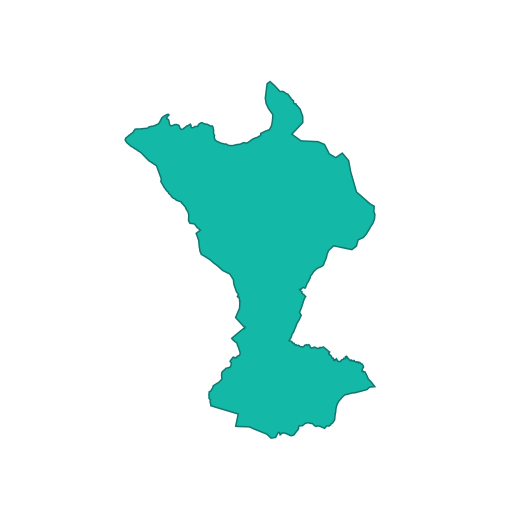 Gwaram, Jigawa, Nigeria, rotated 222°
{"feature_id": "59680162B43366957039329", "entity_name": "Gwaram", "entity_type": "district", "adm_level": 2, "iso_a3": "NGA", "parent_name": "Nigeria", "parent_adm1": "Jigawa", "projection": "robinson", "projection_center": [9.954, 11.204], "detail": "fine", "context": "isolated", "style": "filled", "palette": "teal", "viewbox_px": 512, "rotation_deg": 222, "n_neighbors": 0, "source": "geoboundaries", "source_scale": "gbopen_adm2", "svg_char_len": 6136}
<svg xmlns="http://www.w3.org/2000/svg" viewBox="0 0 512 512"><g transform="rotate(222 256 256)"><path d="M80.3,238.4L85.9,239.4L90.5,239.8L92.9,241.0L97.4,242.8L98.0,242.4L98.3,242.0L99.1,242.1L99.2,241.5L100.0,241.2L100.5,241.5L100.6,241.9L101.4,243.5L101.6,244.2L101.5,245.0L102.3,245.8L103.2,246.3L104.1,246.3L104.8,246.7L105.7,246.3L107.8,246.4L108.2,245.8L108.1,245.2L108.4,245.0L109.0,245.6L110.3,244.9L110.4,244.2L112.5,243.5L113.0,244.0L113.5,243.8L113.5,243.3L113.8,242.7L114.6,242.4L115.3,242.6L115.9,242.3L116.0,241.8L115.7,241.5L117.4,241.2L118.1,241.6L118.9,241.3L119.8,241.5L120.2,242.0L121.0,241.9L121.6,242.1L121.9,241.7L122.0,241.1L121.3,241.2L121.0,240.7L121.3,240.4L121.6,239.8L121.2,239.2L122.2,238.8L122.0,238.4L122.0,237.7L122.5,236.9L122.9,235.8L122.7,235.4L122.6,235.0L122.9,234.5L122.8,234.1L123.1,233.6L123.5,233.2L124.1,232.9L124.9,232.8L125.3,232.5L126.5,233.2L127.6,233.4L127.5,232.9L127.2,232.5L127.7,232.1L128.1,231.6L127.6,231.1L127.9,230.7L128.4,230.5L128.8,230.6L129.8,231.6L130.3,231.7L130.7,231.3L131.4,231.1L132.2,231.6L133.3,232.0L134.2,232.2L135.7,231.6L136.2,232.0L136.7,232.0L137.0,232.5L136.6,232.7L137.0,233.2L137.0,233.9L137.9,233.8L145.1,233.5L146.4,231.1L147.3,231.0L147.5,230.0L147.5,229.4L148.0,228.8L149.3,228.1L151.2,227.7L151.7,227.4L151.9,226.7L152.9,224.9L154.7,224.4L155.7,225.2L156.8,225.5L157.6,225.4L158.1,223.9L159.1,224.0L159.6,222.9L160.1,222.2L159.9,221.0L160.0,220.2L161.1,219.2L162.0,218.6L163.2,218.0L163.9,218.3L165.0,217.8L165.6,217.0L166.7,216.9L167.2,216.2L168.0,215.9L168.5,216.4L169.4,216.6L169.8,216.1L170.6,215.8L171.2,216.2L172.3,216.3L173.6,215.8L174.7,215.2L174.7,215.6L175.2,216.9L175.3,218.7L177.0,222.4L177.0,223.7L177.5,225.5L178.1,226.8L179.3,230.5L180.4,233.0L181.2,237.4L182.7,242.2L185.9,243.2L187.8,248.4L191.2,255.8L191.7,257.7L192.0,259.2L193.4,259.1L194.3,259.3L197.0,259.0L197.8,260.1L198.8,259.8L199.5,260.1L200.4,260.0L201.3,260.3L200.9,260.9L200.2,261.5L200.2,263.2L200.0,264.0L199.7,264.4L198.5,264.6L197.9,265.4L198.7,267.2L199.6,269.6L200.0,272.0L200.3,273.3L200.8,274.3L200.9,275.6L202.1,277.7L202.2,279.8L202.7,283.0L202.4,286.7L201.9,288.7L200.8,290.8L200.4,291.9L199.9,293.6L199.9,294.7L201.0,297.1L201.9,300.1L202.9,302.4L204.4,305.0L205.7,308.7L205.1,315.5L189.0,324.9L188.0,330.5L190.9,336.3L188.6,341.7L188.7,346.1L189.2,348.5L189.8,352.3L190.3,353.7L191.0,358.5L192.7,362.8L195.5,366.5L198.0,367.7L201.5,372.1L205.7,371.1L224.1,370.8L242.1,382.0L250.9,388.8L260.7,390.2L262.6,382.4L269.8,380.9L279.7,384.7L286.4,382.5L299.5,371.7L310.9,370.5L310.5,386.5L314.7,391.0L321.4,394.6L325.8,395.2L326.9,395.2L328.0,395.8L329.5,394.8L330.9,395.3L331.9,396.4L335.3,396.3L336.4,396.9L337.5,396.9L339.7,397.5L340.8,397.5L342.5,396.8L344.2,396.8L346.4,396.2L347.5,394.9L348.6,394.3L356.5,395.1L362.3,395.0L363.0,391.7L362.8,391.5L362.9,391.3L354.7,379.5L350.5,376.1L345.3,373.9L338.0,372.3L334.3,367.5L331.6,363.2L330.6,358.9L332.6,354.9L334.5,350.2L333.1,348.6L334.2,346.1L334.5,344.7L335.6,343.1L336.8,340.4L337.9,334.9L338.3,334.0L339.2,333.1L340.7,332.3L341.3,331.5L342.6,328.4L344.6,326.3L346.7,323.1L347.5,322.1L349.5,320.5L351.0,319.6L353.0,319.3L354.6,317.9L356.0,317.4L357.3,316.4L359.2,316.0L361.4,315.1L363.5,314.9L365.1,315.3L366.9,316.8L367.5,317.9L369.4,318.6L371.7,321.1L374.4,323.1L375.5,323.4L376.7,322.1L380.2,321.4L382.9,319.5L384.3,319.3L385.7,318.7L386.1,317.8L386.7,315.5L386.1,313.2L388.0,311.4L388.6,309.4L389.4,308.4L390.2,308.3L391.0,308.8L391.7,309.6L393.1,310.0L393.3,308.5L393.7,308.0L393.9,307.0L394.4,306.5L394.9,303.3L395.4,301.0L396.1,300.2L397.4,300.0L398.8,300.5L400.0,301.3L401.2,301.4L403.3,300.4L404.3,299.3L405.7,296.5L406.5,295.7L408.0,295.8L411.3,298.2L412.4,298.8L414.3,298.3L414.8,299.0L415.2,300.5L414.9,302.1L415.4,302.8L416.2,302.5L417.0,301.2L417.8,298.8L418.2,297.3L418.4,295.7L417.1,290.7L417.0,288.8L419.2,283.8L420.9,281.9L422.0,280.0L422.1,278.3L424.1,276.3L428.0,271.9L429.1,271.2L430.7,269.3L430.1,265.0L430.7,263.1L430.7,261.9L431.2,260.6L431.2,258.7L431.7,256.9L431.2,255.0L430.1,254.4L427.8,253.8L422.3,253.9L420.0,254.5L418.4,254.6L415.6,255.2L414.5,255.2L410.6,255.9L399.5,255.1L390.3,256.5L377.9,249.9L376.6,247.7L369.4,245.3L368.3,245.3L366.6,244.7L363.8,244.7L362.7,244.1L359.9,244.2L358.8,243.6L356.6,243.6L353.7,244.3L352.6,244.1L347.7,246.2L346.6,245.6L345.0,245.6L341.1,245.1L340.0,244.4L338.3,243.8L336.1,243.3L333.3,241.4L329.8,237.1L326.9,236.1L324.0,238.2L322.5,238.6L320.9,238.3L319.3,237.8L314.6,238.0L315.6,232.8L309.1,229.3L304.4,225.0L300.7,222.0L297.7,220.6L293.2,221.6L287.5,222.5L282.4,222.5L279.3,222.9L270.9,223.0L263.4,225.1L257.0,223.3L253.7,220.3L246.9,216.5L243.2,215.6L242.8,214.2L242.7,213.4L242.1,213.3L241.6,213.5L241.0,214.0L240.3,213.3L239.9,213.1L238.5,212.2L237.9,211.4L237.7,211.6L233.3,206.2L230.0,196.6L216.9,195.3L216.8,195.5L216.7,195.2L216.5,195.3L216.1,195.0L216.0,194.3L216.8,193.4L219.0,178.6L218.2,178.3L214.6,178.3L212.0,178.5L209.8,177.2L207.8,176.3L203.2,173.6L202.1,172.3L201.8,171.1L202.3,170.0L202.7,169.3L202.8,168.5L202.5,167.7L203.0,167.2L203.0,166.6L203.5,166.2L204.3,166.1L205.3,165.6L205.0,161.2L204.8,160.4L204.3,160.1L202.9,160.3L201.2,157.5L200.8,156.2L203.3,152.1L203.1,150.8L203.5,149.2L203.5,146.7L201.8,144.3L199.0,141.8L199.0,137.5L200.2,133.6L200.9,131.0L200.0,128.9L199.3,125.4L199.5,124.5L199.9,123.9L198.4,121.7L195.5,118.7L193.5,118.6L193.0,117.4L189.3,114.5L163.5,126.7L157.2,115.9L156.1,116.6L146.6,124.6L141.6,126.2L128.7,130.9L123.0,130.7L120.0,134.3L121.0,138.2L121.2,139.2L121.1,140.1L120.5,140.5L118.4,139.2L118.2,139.7L118.2,140.7L118.3,141.6L117.4,142.6L116.0,143.8L109.7,145.8L108.1,148.3L108.6,154.2L108.5,155.2L109.0,156.1L109.1,156.6L109.5,156.8L110.4,158.5L109.5,159.3L108.5,160.5L107.9,161.0L107.4,164.6L106.5,165.9L105.6,167.1L103.7,167.9L101.9,169.3L99.1,169.0L97.2,169.6L96.2,171.4L93.8,172.5L89.7,173.8L89.8,177.2L88.0,178.4L87.5,180.6L87.9,181.1L87.3,183.6L87.7,185.0L87.9,186.8L90.8,190.7L92.4,193.4L94.0,195.4L95.7,198.3L96.8,201.1L97.3,203.7L97.4,209.6L97.1,212.3L95.8,213.9L93.3,218.0L90.7,220.9L84.1,231.1L83.9,234.5L80.3,238.4Z" fill="#14b8a6" stroke="#0f766e" stroke-width="1.5"/></g></svg>